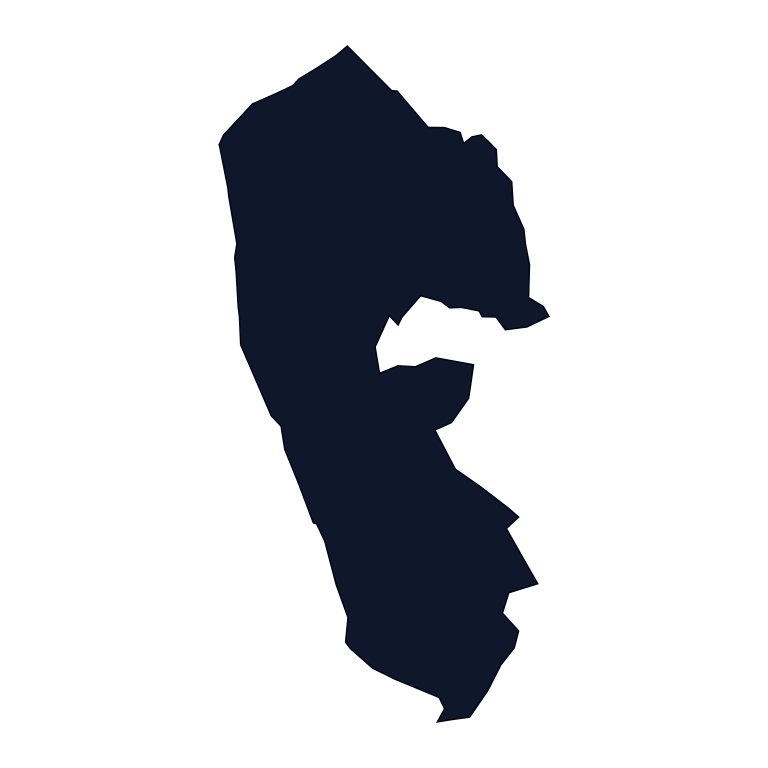 outline of Petrofani, Larnaca, Cyprus
{"feature_id": "46923920B51924091831082", "entity_name": "Petrofani", "entity_type": "district", "adm_level": 2, "iso_a3": "CYP", "parent_name": "Cyprus", "parent_adm1": "Larnaca", "projection": "natural_earth1", "projection_center": [33.515, 35.031], "detail": "fine", "context": "isolated", "style": "filled", "palette": "ink", "viewbox_px": 768, "rotation_deg": 0, "n_neighbors": 0, "source": "geoboundaries", "source_scale": "gbopen_adm2", "svg_char_len": 1264}
<svg xmlns="http://www.w3.org/2000/svg" viewBox="0 0 768 768"><path d="M513.2,625.0L502.4,613.1L508.8,592.7L537.7,583.7L523.5,558.9L506.3,528.5L518.6,517.1L508.3,508.1L480.4,486.7L455.4,469.3L434.8,430.0L451.5,422.5L468.6,398.2L470.6,385.2L473.5,364.8L435.8,357.9L415.3,366.8L398.1,365.8L379.5,373.3L375.1,346.9L389.3,315.6L398.1,325.0L402.0,317.1L420.6,295.7L441.2,301.4L449.6,307.8L461.5,307.4L479.1,310.9L482.2,316.7L496.0,317.0L505.4,329.7L527.0,326.9L548.9,316.4L543.3,306.5L528.6,297.6L528.9,284.5L529.5,264.8L525.4,243.8L523.9,229.4L513.2,205.3L511.7,181.7L497.2,166.7L496.3,149.5L481.6,134.9L472.0,136.9L463.6,143.5L460.2,132.5L444.5,127.6L428.1,127.4L408.0,103.9L397.2,91.1L391.6,90.7L347.3,46.1L335.9,55.7L316.2,68.5L299.0,78.9L292.8,85.6L274.7,94.2L252.5,103.9L239.6,117.8L223.6,134.9L219.1,144.8L219.6,146.0L227.9,188.1L228.7,195.8L236.9,243.9L234.7,257.3L236.2,272.3L238.2,306.9L239.5,317.1L240.7,344.8L269.3,411.2L271.1,415.6L281.1,426.2L284.8,449.5L298.3,482.8L313.4,522.9L316.6,523.8L324.8,541.2L336.2,584.7L348.0,617.5L345.6,642.2L350.7,648.9L372.7,668.2L395.3,679.3L439.2,697.5L444.6,708.7L437.4,721.9L451.5,719.6L469.6,717.1L487.7,690.7L500.9,664.8L514.2,647.9L518.6,631.0L513.2,625.0Z" fill="#0f172a" stroke="#020617" stroke-width="1.5"/></svg>